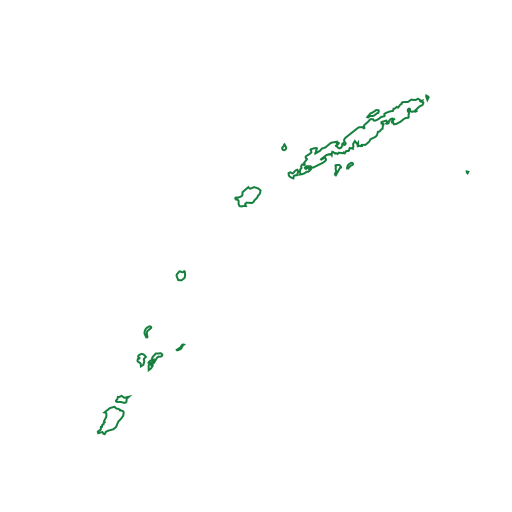 the Union Territory of Andaman and Nicobar, rotated 51°
{"feature_id": "IND-2474", "entity_name": "Andaman and Nicobar", "entity_type": "Union Territory", "adm_level": 1, "iso_a3": "IND", "parent_name": "India", "parent_adm1": "", "projection": "mercator", "projection_center": [93.022, 10.213], "detail": "fine", "context": "isolated", "style": "outline", "palette": "green", "viewbox_px": 512, "rotation_deg": 51, "n_neighbors": 0, "source": "natural_earth", "source_scale": "10m", "svg_char_len": 6054}
<svg xmlns="http://www.w3.org/2000/svg" viewBox="0 0 512 512"><g transform="rotate(51 256 256)"><path d="M242.6,48.9L244.2,49.9L244.4,50.6L242.9,53.0L242.6,54.9L242.6,59.2L241.6,64.1L240.4,66.0L238.5,65.3L238.3,66.0L237.8,66.3L236.7,65.8L236.7,62.5L236.2,62.5L236.2,63.9L234.9,63.7L234.4,64.9L234.4,66.4L234.7,67.4L236.2,69.5L236.0,70.3L235.3,71.4L234.9,71.4L234.8,70.1L234.3,69.6L232.8,69.5L230.9,74.0L231.5,74.9L232.2,75.1L233.5,73.8L234.1,74.1L234.7,75.6L236.7,77.5L236.5,78.7L237.0,81.7L236.2,83.1L238.1,85.7L238.5,87.1L238.5,88.7L237.3,93.6L238.4,96.1L238.5,101.0L236.2,103.9L237.2,104.5L236.6,105.4L235.1,106.6L234.9,107.8L234.4,107.8L233.5,106.4L232.2,105.4L232.6,106.9L228.9,106.9L230.1,110.1L232.1,111.3L232.7,112.1L232.6,112.9L233.5,113.3L231.1,115.1L231.5,116.2L232.5,117.1L232.6,118.1L231.2,119.8L232.1,122.4L231.9,122.7L230.7,122.6L230.8,123.8L227.7,126.8L228.1,128.3L226.3,129.2L226.4,129.8L225.8,130.2L223.8,130.6L223.0,131.1L223.7,132.2L225.4,133.9L223.9,133.9L223.4,134.2L223.1,134.8L223.5,134.8L221.9,137.4L221.7,144.6L222.2,144.6L222.8,141.0L223.3,140.4L225.0,140.8L225.6,141.6L225.8,143.2L225.6,145.5L223.2,156.1L222.8,156.6L220.7,157.1L218.1,160.1L218.1,162.4L219.0,162.7L219.6,162.5L219.9,162.0L219.9,159.4L221.3,159.9L221.2,158.6L221.6,157.9L222.3,157.8L223.1,158.5L223.3,159.1L223.5,162.2L222.4,163.6L222.2,166.4L221.5,168.6L220.3,170.6L220.1,169.7L218.5,169.2L216.5,167.1L216.2,165.2L214.8,164.6L214.3,163.8L214.0,162.2L214.4,161.8L215.6,161.4L215.8,160.9L215.4,160.4L213.9,160.0L212.8,155.4L211.2,155.7L210.1,154.9L209.9,153.9L210.4,150.8L210.4,148.1L210.1,147.6L208.2,146.7L207.8,146.8L207.6,146.0L208.0,145.5L208.6,143.5L210.1,141.1L210.6,140.9L212.2,143.2L212.6,143.4L213.5,143.2L213.1,144.3L213.3,145.1L213.7,145.4L214.5,140.1L214.0,137.1L215.3,133.9L215.2,127.1L215.6,125.7L218.0,121.4L218.5,122.2L219.0,122.2L219.5,121.0L220.1,120.5L220.6,120.9L220.8,122.5L220.5,124.4L221.1,124.6L221.9,124.1L223.5,124.1L224.8,123.5L225.4,122.2L224.7,119.4L223.7,119.0L223.1,118.3L223.1,117.5L223.5,117.7L225.5,117.1L225.4,116.2L225.0,115.5L224.4,115.3L222.8,115.3L221.4,114.7L220.7,113.4L220.4,111.7L220.6,95.6L221.0,94.7L222.8,92.2L224.5,92.0L224.7,91.1L222.8,90.3L222.4,89.2L222.2,84.5L221.7,81.4L221.9,80.6L223.5,78.9L224.9,79.2L225.9,78.0L226.7,74.7L226.7,71.2L228.2,68.2L227.9,67.7L226.4,66.9L226.5,65.3L227.8,61.2L229.4,58.3L228.1,56.4L228.8,55.6L228.7,52.8L230.1,52.2L229.2,48.6L229.4,47.1L228.6,46.1L229.0,44.8L231.9,41.0L232.2,37.3L232.6,36.4L233.5,35.8L235.3,33.6L235.8,31.1L238.1,30.3L239.0,31.0L239.9,30.7L239.4,29.9L239.9,28.9L240.2,29.6L242.0,29.3L242.4,29.7L243.5,31.7L242.8,34.0L242.7,36.1L243.1,40.6L244.4,40.1L244.3,41.2L243.0,42.2L242.2,43.9L239.4,45.7L239.4,44.5L238.8,43.9L238.1,44.0L237.6,44.7L237.8,45.8L238.5,46.6L239.4,47.0L240.8,46.7L242.6,48.9ZM298.0,467.1L300.8,472.3L300.9,475.8L298.5,481.4L298.2,483.7L299.2,485.2L299.1,485.9L298.2,486.4L296.2,486.2L295.4,487.5L294.5,490.1L293.1,489.6L292.9,488.6L293.2,485.9L291.2,484.1L291.8,483.2L290.6,482.0L290.5,481.3L290.9,480.5L290.0,479.7L290.0,478.2L288.8,478.2L286.8,473.6L285.9,472.7L284.6,471.7L283.3,471.3L282.2,472.2L282.3,465.1L284.1,460.9L286.8,460.5L287.9,459.4L290.0,458.4L290.4,458.9L292.1,457.4L293.2,456.9L294.3,457.3L296.6,459.7L297.6,463.5L298.0,467.1ZM211.4,218.3L211.7,221.9L212.4,223.8L212.3,225.8L208.6,229.7L208.7,231.7L210.9,232.4L209.0,234.7L208.3,236.2L206.8,237.4L204.6,236.8L202.2,234.8L200.7,234.8L199.7,235.9L198.2,235.9L197.8,235.1L199.5,232.8L200.2,230.7L200.4,229.2L199.9,228.0L197.9,226.3L197.7,218.7L198.3,218.8L199.8,218.3L200.3,217.7L201.2,214.2L204.8,211.8L207.8,211.2L209.2,212.6L210.2,214.3L210.4,216.6L211.4,218.3ZM267.6,409.1L269.7,412.1L269.3,414.9L267.1,413.4L265.8,413.5L263.6,414.3L262.7,413.9L261.7,412.7L262.3,411.2L261.8,410.7L261.2,411.2L260.0,410.9L259.5,410.2L259.4,409.5L259.9,406.8L260.6,406.0L262.0,405.3L263.7,405.0L265.1,405.1L265.4,407.7L265.8,408.3L267.6,409.1ZM226.6,323.4L228.1,325.4L228.0,329.2L225.8,331.6L221.3,330.2L220.5,329.1L219.8,325.4L220.1,324.6L221.1,324.3L222.2,323.6L222.8,322.5L222.6,321.4L223.4,321.2L226.6,323.4ZM287.7,448.4L287.9,449.6L287.5,450.5L284.2,453.1L281.9,455.9L280.8,456.2L280.2,455.7L280.0,453.9L278.6,452.0L279.4,451.3L280.1,448.5L283.4,447.5L285.4,443.3L285.6,446.4L287.7,448.4ZM274.5,403.8L273.3,404.3L272.0,406.4L271.3,406.7L271.0,405.9L270.8,404.0L271.1,403.4L272.0,402.8L272.2,402.0L273.3,402.4L273.5,401.9L273.1,401.1L272.2,400.6L271.8,401.9L271.0,401.9L270.1,401.1L269.5,400.1L268.8,395.8L268.8,395.1L270.0,393.8L271.4,391.4L272.6,390.9L273.9,391.0L274.4,391.8L274.4,393.1L273.0,394.9L272.7,396.3L272.9,397.5L274.8,402.3L274.5,403.8ZM217.6,176.2L219.2,178.1L217.4,179.2L214.9,179.9L213.9,179.7L212.1,178.5L212.6,176.6L214.6,175.9L215.0,175.0L214.4,171.8L214.9,169.7L216.2,169.7L217.5,170.9L219.0,173.3L217.9,175.0L217.6,176.2ZM220.7,69.3L221.7,70.9L221.3,72.0L221.2,75.4L220.8,77.0L219.0,79.3L218.9,81.7L218.1,82.1L217.2,77.3L217.7,75.8L218.2,72.0L218.1,70.9L219.8,69.1L220.7,69.3ZM240.4,135.3L243.5,143.2L242.4,143.4L241.5,142.3L240.8,140.4L238.5,139.4L237.0,137.8L236.0,137.6L235.6,137.0L236.3,135.7L237.8,133.9L240.1,133.8L240.8,134.2L240.4,135.3ZM248.1,390.0L250.6,391.3L250.8,391.8L250.2,392.4L249.3,392.3L245.9,391.3L244.5,389.9L243.5,388.1L243.1,386.6L243.4,383.6L243.8,382.9L244.7,382.2L245.4,382.3L245.9,382.9L246.0,387.6L246.7,388.9L248.1,390.0ZM246.0,123.4L245.4,126.0L246.0,129.4L245.4,130.1L244.8,129.8L243.4,127.7L243.1,125.9L243.5,123.4L244.0,122.7L245.2,122.5L246.0,123.4ZM276.2,405.2L277.3,408.2L277.2,411.2L273.6,408.4L273.0,407.5L273.1,406.4L273.7,405.8L274.9,406.2L275.0,405.0L275.5,404.8L276.2,405.2ZM190.4,164.2L191.2,164.6L191.8,166.0L191.6,167.3L190.9,168.1L189.5,168.3L188.3,167.5L188.0,165.0L187.1,164.1L187.1,163.6L190.4,164.2ZM279.5,369.3L280.8,372.2L280.8,373.5L280.2,375.7L279.6,376.7L279.1,376.7L279.5,372.1L278.7,369.8L278.6,368.7L279.5,367.9L279.5,369.3ZM241.3,21.9L242.6,24.6L239.2,23.4L238.5,22.7L240.4,21.9L241.3,21.9ZM324.2,38.0L324.9,39.5L323.8,39.6L322.9,39.0L324.2,38.0Z" fill="none" stroke="#15803d" stroke-width="2"/></g></svg>